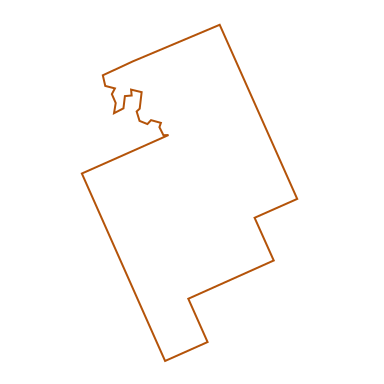 the district of Okfuskee, Oklahoma, United States of America, rotated 66°
{"feature_id": "52423323B78469060482837", "entity_name": "Okfuskee", "entity_type": "district", "adm_level": 2, "iso_a3": "USA", "parent_name": "United States of America", "parent_adm1": "Oklahoma", "projection": "robinson", "projection_center": [-96.434, 35.464], "detail": "fine", "context": "isolated", "style": "outline", "palette": "amber", "viewbox_px": 384, "rotation_deg": 66, "n_neighbors": 0, "source": "geoboundaries", "source_scale": "gbopen_adm2", "svg_char_len": 531}
<svg xmlns="http://www.w3.org/2000/svg" viewBox="0 0 384 384"><g transform="rotate(66 192 192)"><path d="M48.6,192.9L49.1,226.0L59.8,228.1L66.0,220.3L70.0,225.4L79.7,225.5L88.3,231.2L87.7,220.6L77.1,214.3L79.3,207.9L73.7,206.0L80.3,197.4L94.6,205.9L95.9,209.8L105.7,211.0L111.8,205.1L109.7,200.2L116.2,192.3L119.5,195.4L128.5,195.0L130.4,190.3L130.4,233.3L130.3,285.1L311.7,285.3L335.4,285.3L335.4,238.8L288.0,238.8L287.8,145.2L241.0,145.3L241.1,98.7L50.5,98.7L48.6,192.9Z" fill="none" stroke="#b45309" stroke-width="2"/></g></svg>